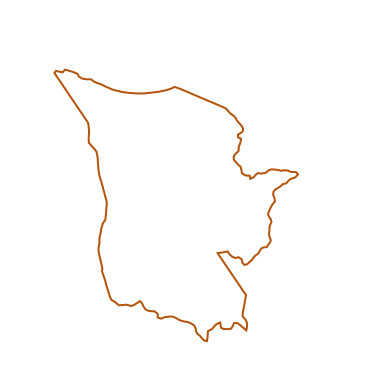 the district of Itapemirim, Espírito Santo, Brazil, rotated 257°
{"feature_id": "56859067B73479651555060", "entity_name": "Itapemirim", "entity_type": "district", "adm_level": 2, "iso_a3": "BRA", "parent_name": "Brazil", "parent_adm1": "Espírito Santo", "projection": "mercator", "projection_center": [-40.954, -20.988], "detail": "fine", "context": "isolated", "style": "outline", "palette": "amber", "viewbox_px": 384, "rotation_deg": 257, "n_neighbors": 0, "source": "geoboundaries", "source_scale": "gbopen_adm2", "svg_char_len": 3014}
<svg xmlns="http://www.w3.org/2000/svg" viewBox="0 0 384 384"><g transform="rotate(257 192 192)"><path d="M44.9,213.8L47.2,214.8L49.8,215.8L52.6,216.1L55.6,215.4L59.4,213.4L62.1,214.0L64.6,215.0L67.8,216.5L79.4,221.5L82.5,220.2L91.6,216.7L113.9,208.1L126.6,203.2L126.0,213.5L122.8,214.6L120.0,216.6L117.9,219.3L118.0,222.6L115.3,225.3L111.8,225.2L109.2,226.6L109.2,229.5L110.9,232.4L112.4,235.2L115.3,238.5L117.1,242.7L119.6,245.0L121.4,246.7L121.9,249.6L121.5,252.5L123.7,254.6L125.1,256.6L127.4,258.0L130.0,257.6L133.0,257.4L136.4,258.6L139.1,259.2L142.1,260.5L145.0,262.7L147.6,262.7L150.1,261.7L153.3,261.0L156.2,262.9L160.1,265.9L162.5,268.4L164.0,270.6L167.8,271.0L171.2,270.4L174.3,271.7L175.8,274.1L176.9,277.5L177.8,279.9L179.2,282.3L179.3,285.7L182.3,290.2L183.1,296.2L185.4,299.3L188.0,297.8L189.3,292.9L191.3,290.3L192.4,286.7L192.6,283.7L194.2,280.5L195.4,277.3L196.2,274.2L195.7,271.0L194.1,268.2L194.3,263.8L195.6,260.5L194.5,258.0L192.6,255.5L191.7,251.9L195.0,251.8L196.0,248.0L198.8,245.0L203.0,245.1L205.9,244.9L208.5,242.9L211.6,241.4L213.7,240.1L216.4,240.3L219.1,242.3L221.2,246.4L225.9,247.9L228.9,250.1L232.8,251.8L234.7,249.3L237.6,249.6L238.6,253.0L240.1,255.4L242.4,256.0L245.2,255.2L248.3,253.6L251.1,252.0L253.6,251.4L256.4,250.1L259.6,247.2L262.6,245.5L265.6,243.9L268.5,240.3L272.1,235.4L276.9,228.7L283.9,219.1L286.3,215.8L289.7,211.2L295.5,203.2L298.3,198.7L297.5,195.2L297.1,191.7L297.0,188.3L297.1,185.6L297.1,182.2L297.5,178.7L298.0,174.2L298.4,170.8L299.0,166.4L299.8,163.3L300.5,160.1L302.8,152.8L303.7,150.3L305.1,146.6L306.6,143.6L308.7,139.5L309.9,137.3L314.3,131.3L317.3,127.8L319.2,124.7L321.2,121.6L324.5,119.0L325.4,115.0L327.1,110.7L329.9,107.7L333.0,106.9L335.6,103.4L337.3,100.3L338.6,98.1L339.8,95.8L337.7,92.9L339.1,89.7L340.6,86.7L338.9,84.7L324.8,90.2L321.1,91.6L312.6,94.8L304.2,98.1L282.8,106.3L279.8,106.1L275.0,105.5L270.9,104.4L267.4,103.3L263.1,102.6L259.8,104.4L257.2,105.9L252.9,108.0L248.9,107.9L245.4,107.6L243.0,107.1L237.6,106.3L233.7,105.8L231.0,105.5L228.3,105.5L225.6,105.7L222.7,105.9L220.0,106.0L217.7,106.2L214.7,106.2L210.6,106.4L207.6,106.4L204.3,106.7L201.8,106.7L199.4,106.2L197.1,105.4L193.9,104.5L190.2,103.3L187.5,102.4L184.3,101.2L181.5,98.1L176.3,95.2L173.0,93.9L170.0,92.3L166.4,91.0L163.4,90.5L160.6,89.2L158.1,88.2L153.9,87.5L150.5,87.5L147.0,87.5L137.8,87.5L134.8,86.5L125.2,87.5L121.1,87.5L107.8,88.5L104.8,89.4L102.0,92.4L98.1,95.2L97.4,99.3L97.1,102.4L94.5,107.3L95.1,110.5L96.0,113.1L97.4,116.8L95.1,118.2L91.4,119.0L88.0,120.3L86.2,122.5L84.9,125.8L84.1,128.7L80.9,131.2L77.3,130.3L75.5,133.5L76.2,137.4L75.6,142.9L74.6,145.7L72.3,148.6L70.1,150.9L68.7,153.1L67.5,155.4L66.6,157.9L65.0,160.6L61.5,164.1L57.7,164.9L55.1,164.6L52.3,165.6L50.2,167.3L47.3,168.8L44.5,170.5L43.4,173.1L47.7,174.7L52.8,176.2L53.8,180.2L55.2,182.4L56.8,184.4L58.0,187.3L58.4,190.1L55.6,189.9L53.0,189.9L51.4,192.0L50.2,196.5L50.1,199.5L52.0,201.3L54.8,203.4L54.1,206.8L51.6,208.9L44.9,213.8Z" fill="none" stroke="#b45309" stroke-width="2"/></g></svg>